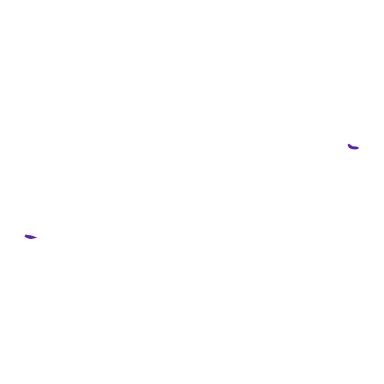 outline of Tokelau, rotated 133°
{"feature_id": "NZL-5472", "entity_name": "Tokelau", "entity_type": "state/province", "adm_level": 1, "iso_a3": "NZL", "parent_name": "New Zealand", "parent_adm1": "", "projection": "mercator", "projection_center": [-171.723, -8.952], "detail": "fine", "context": "isolated", "style": "outline", "palette": "violet", "viewbox_px": 384, "rotation_deg": 133, "n_neighbors": 0, "source": "natural_earth", "source_scale": "10m", "svg_char_len": 422}
<svg xmlns="http://www.w3.org/2000/svg" viewBox="0 0 384 384"><g transform="rotate(133 192 192)"><path d="M336.5,282.4L335.4,281.1L334.5,279.7L333.7,278.2L333.1,276.7L334.9,277.9L336.3,279.5L337.2,281.4L337.6,283.5L337.0,283.6L336.9,283.3L336.8,282.8L336.5,282.4ZM50.0,105.3L48.1,103.0L46.4,100.4L48.8,102.3L50.7,104.7L51.5,107.4L50.6,110.1L50.5,108.9L50.0,105.3Z" fill="none" stroke="#5b21b6" stroke-width="2"/></g></svg>